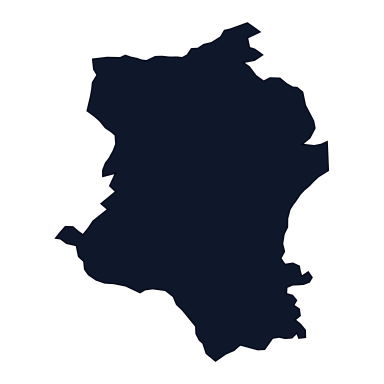 outline of Campo Novo, Rio Grande do Sul, Brazil
{"feature_id": "56859067B11672596232419", "entity_name": "Campo Novo", "entity_type": "district", "adm_level": 2, "iso_a3": "BRA", "parent_name": "Brazil", "parent_adm1": "Rio Grande do Sul", "projection": "albers", "projection_center": [-53.822, -27.67], "detail": "fine", "context": "isolated", "style": "filled", "palette": "ink", "viewbox_px": 384, "rotation_deg": 0, "n_neighbors": 0, "source": "geoboundaries", "source_scale": "gbopen_adm2", "svg_char_len": 1850}
<svg xmlns="http://www.w3.org/2000/svg" viewBox="0 0 384 384"><path d="M92.7,59.2L93.8,69.3L97.2,75.0L92.6,82.4L91.9,89.3L90.6,96.6L87.2,110.8L94.7,116.3L99.7,120.7L105.4,127.7L110.8,131.3L115.3,135.1L115.9,144.1L113.4,150.7L109.1,158.5L105.6,163.0L102.8,170.2L102.8,176.4L115.6,173.1L109.8,185.9L115.8,191.6L101.1,203.7L107.8,209.4L93.1,221.1L88.5,228.0L83.0,234.9L77.9,231.3L72.9,226.9L65.3,226.7L59.9,232.9L55.7,238.1L60.4,238.7L66.6,243.3L76.4,245.5L78.6,256.5L83.9,261.4L84.7,269.3L88.5,274.7L96.1,279.9L104.8,282.9L113.5,283.4L125.7,285.8L140.1,292.6L144.9,289.7L152.6,288.6L165.4,290.3L173.4,296.6L176.6,304.4L182.4,309.9L195.8,326.3L196.1,333.7L199.3,340.0L203.0,343.3L206.3,353.4L215.5,361.0L225.6,353.9L233.9,350.3L240.1,344.9L257.8,349.6L264.6,349.3L272.5,338.1L279.1,337.0L285.1,338.3L291.9,337.8L296.9,332.9L298.9,338.1L305.4,337.3L305.2,330.1L300.6,324.5L295.0,319.8L300.1,315.6L299.2,309.1L293.6,305.3L296.5,300.3L292.4,295.4L286.4,293.8L286.7,287.3L292.6,284.8L298.2,284.6L303.5,284.2L309.3,282.0L312.0,277.4L308.2,272.0L301.6,276.4L300.0,270.9L299.2,266.2L292.9,263.3L284.9,264.5L280.7,258.3L284.4,251.5L282.5,243.8L284.0,234.0L287.4,227.2L287.5,218.5L289.8,209.6L292.5,205.1L295.6,201.0L300.0,194.4L304.2,189.9L309.3,185.6L313.3,181.3L318.3,176.7L328.3,170.4L327.1,141.7L321.3,144.4L314.3,145.8L301.9,144.4L309.8,137.9L314.9,128.2L313.5,121.0L305.3,105.3L302.6,92.2L297.1,87.6L292.7,87.3L286.5,83.8L279.9,78.3L270.0,78.0L263.7,81.3L256.0,75.8L249.2,66.8L242.9,62.4L254.5,60.2L262.5,54.9L254.7,49.3L249.4,47.6L247.4,37.8L259.9,31.9L247.4,23.0L229.6,29.4L224.5,30.5L220.6,37.1L211.4,42.8L203.7,44.6L197.9,48.5L191.5,48.8L187.2,55.1L182.2,57.8L177.2,57.2L169.7,57.3L161.8,56.5L155.3,56.7L146.6,60.8L141.9,60.3L136.9,58.6L130.7,57.3L125.3,55.4L120.2,57.8L107.3,57.5L92.7,59.2Z" fill="#0f172a" stroke="#020617" stroke-width="1.5"/></svg>